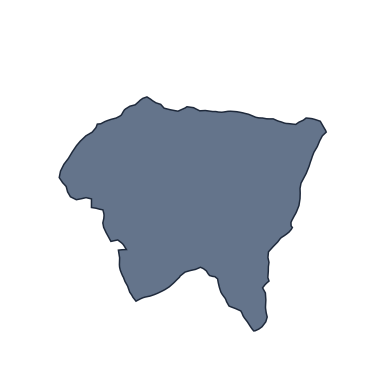 the district of Kitutu Chache North, Nyanza, Kenya, rotated 28°
{"feature_id": "3690345B89017750364899", "entity_name": "Kitutu Chache North", "entity_type": "district", "adm_level": 2, "iso_a3": "KEN", "parent_name": "Kenya", "parent_adm1": "Nyanza", "projection": "robinson", "projection_center": [34.826, -0.564], "detail": "fine", "context": "isolated", "style": "filled", "palette": "slate", "viewbox_px": 384, "rotation_deg": 28, "n_neighbors": 0, "source": "geoboundaries", "source_scale": "gbopen_adm2", "svg_char_len": 2832}
<svg xmlns="http://www.w3.org/2000/svg" viewBox="0 0 384 384"><g transform="rotate(28 192 192)"><path d="M146.5,121.0L141.7,127.2L139.9,127.8L135.7,129.1L134.4,129.5L132.1,130.1L128.0,131.1L123.2,129.3L118.3,130.2L114.1,129.9L111.9,129.5L107.6,129.2L104.6,132.4L103.2,135.2L102.5,137.4L100.9,141.7L96.9,145.4L94.4,149.7L93.8,151.1L93.6,153.1L93.5,157.2L92.6,159.0L90.3,162.3L86.5,165.8L84.2,168.2L82.1,170.6L79.4,174.6L76.5,176.5L77.0,180.1L75.8,186.0L72.0,192.1L69.5,199.6L68.3,205.2L67.5,212.7L67.1,220.4L65.9,227.6L66.1,235.3L68.0,241.6L73.4,244.5L78.3,246.2L82.1,250.3L86.9,253.3L93.5,253.1L97.8,249.6L101.1,246.7L106.5,245.3L110.5,252.9L114.8,251.4L118.4,250.6L121.7,249.6L124.2,252.3L125.3,253.9L126.5,256.6L127.8,261.2L130.6,264.7L135.1,268.1L140.0,271.3L143.6,273.7L148.9,269.2L153.4,269.9L155.3,270.4L156.8,271.1L161.1,273.6L157.2,275.9L154.3,277.9L159.0,284.1L162.0,290.2L163.3,292.3L165.3,294.6L167.7,296.7L170.2,298.7L171.5,299.5L174.8,302.4L179.3,305.3L184.1,309.7L187.2,311.3L189.3,312.7L193.8,314.7L194.7,313.3L196.8,310.3L198.3,308.4L199.8,306.9L203.9,303.5L206.7,300.5L209.2,297.5L212.2,293.4L213.9,290.9L216.4,286.5L218.4,281.2L219.1,279.0L219.7,276.9L220.9,273.3L221.0,271.6L223.5,265.9L227.1,262.4L230.0,259.9L231.3,258.8L232.4,257.5L234.8,254.5L238.0,254.3L241.7,254.9L244.6,256.6L246.7,257.5L249.9,256.8L252.0,256.0L255.4,256.7L256.7,258.4L257.8,259.8L260.6,263.0L262.3,264.7L264.5,266.8L266.4,268.0L268.2,268.9L271.4,270.4L272.7,271.4L274.0,272.6L278.2,275.3L279.6,275.2L282.7,274.8L285.0,274.5L290.9,274.1L292.9,275.4L295.3,277.4L297.4,278.6L301.8,280.6L306.4,283.2L309.1,284.6L311.7,285.7L312.9,284.9L315.4,281.6L317.1,278.1L318.1,272.0L317.1,267.1L314.2,263.8L311.7,260.4L310.9,259.1L307.9,252.7L304.2,246.7L299.3,243.5L300.0,239.6L300.7,237.3L301.8,234.5L299.1,231.9L296.6,226.2L294.5,222.1L293.0,218.0L289.8,214.2L287.6,208.9L289.3,202.1L291.1,196.0L291.8,191.6L292.3,190.2L294.0,187.2L295.2,184.8L296.5,181.8L297.2,178.4L297.3,176.2L295.5,175.5L293.7,172.5L293.5,170.3L293.5,165.2L293.6,162.3L293.5,160.1L292.8,153.8L290.5,147.2L288.1,142.3L285.7,138.1L284.1,133.0L284.1,127.7L284.1,122.0L283.5,116.4L283.3,114.4L282.4,109.7L282.1,107.3L281.5,104.0L281.0,99.7L281.3,93.1L280.7,86.8L280.7,81.2L282.4,76.1L281.0,74.9L277.9,73.0L272.0,69.3L266.6,70.2L263.5,70.9L261.4,71.7L258.0,73.1L256.6,76.3L253.6,80.2L251.9,83.6L249.2,84.7L245.3,86.2L243.1,87.2L241.6,87.7L237.5,88.3L235.8,88.7L233.9,89.0L229.4,89.3L225.6,91.3L223.6,92.3L219.5,93.6L216.2,95.2L213.2,96.1L209.8,96.4L206.5,96.7L205.1,96.9L201.3,97.9L199.9,98.2L197.5,98.9L193.8,100.1L191.7,101.0L187.9,102.7L185.7,104.0L182.7,106.3L180.9,107.6L177.8,109.0L176.5,109.4L175.2,109.8L172.6,111.2L170.2,112.1L165.5,113.8L163.5,115.0L160.7,116.7L156.4,116.8L153.8,116.8L147.5,119.1L146.5,121.0Z" fill="#64748b" stroke="#1e293b" stroke-width="1.5"/></g></svg>